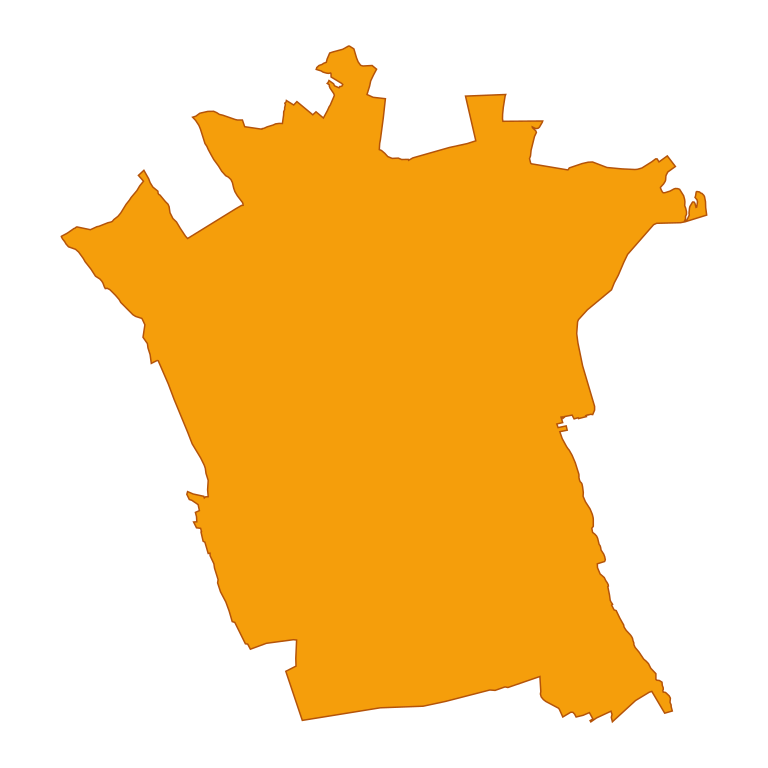 outline of Beresti, Galati, Romania
{"feature_id": "2599482B76512347370212", "entity_name": "Beresti", "entity_type": "district", "adm_level": 2, "iso_a3": "ROU", "parent_name": "Romania", "parent_adm1": "Galati", "projection": "equal_earth", "projection_center": [27.864, 46.092], "detail": "fine", "context": "isolated", "style": "filled", "palette": "amber", "viewbox_px": 768, "rotation_deg": 0, "n_neighbors": 0, "source": "geoboundaries", "source_scale": "gbopen_adm2", "svg_char_len": 6059}
<svg xmlns="http://www.w3.org/2000/svg" viewBox="0 0 768 768"><path d="M105.3,288.6L107.2,288.3L109.8,289.6L115.4,295.2L119.1,299.5L120.8,302.5L132.9,314.7L135.6,316.4L141.8,318.4L142.4,319.4L144.9,324.8L143.0,337.3L147.4,343.6L148.0,348.0L150.1,354.6L151.3,363.4L157.1,360.5L158.2,360.7L168.4,384.2L174.1,399.4L187.7,432.3L192.2,443.9L200.7,458.0L204.2,465.1L205.3,468.3L206.0,473.4L208.2,480.4L207.6,489.8L208.2,496.7L205.4,496.9L204.3,497.9L203.8,496.3L193.2,494.0L187.6,491.6L186.8,494.3L189.3,499.5L191.8,500.3L198.1,504.6L199.4,510.6L195.4,512.4L196.5,516.6L196.8,521.8L193.6,522.0L196.5,527.8L200.6,528.3L201.5,531.7L201.0,532.0L203.1,541.2L204.9,542.2L208.2,553.5L210.0,553.2L210.1,555.7L213.9,563.8L214.5,568.1L218.1,579.7L217.6,582.9L220.5,591.8L225.8,601.9L229.1,610.9L232.2,621.6L234.8,622.4L245.4,643.8L247.7,644.1L250.4,649.2L266.4,643.3L293.4,639.7L296.6,640.0L295.8,658.4L296.0,666.1L285.8,671.3L302.3,720.4L380.3,707.8L423.2,706.2L445.6,701.4L489.8,690.0L495.1,690.4L505.0,686.9L507.9,687.5L539.9,676.5L540.8,691.6L540.4,694.0L541.2,696.9L543.4,699.6L545.9,701.5L558.5,708.2L559.4,709.4L562.8,717.0L570.8,712.2L572.9,712.3L574.6,714.1L576.1,717.0L583.1,715.3L589.4,712.6L592.9,719.0L590.1,720.6L590.8,721.9L596.6,717.9L611.0,711.2L612.0,714.4L611.3,717.4L612.4,721.8L635.6,700.5L649.3,692.2L651.8,691.4L664.7,713.2L672.3,711.0L671.2,706.8L671.1,704.9L670.0,702.3L670.4,698.2L669.2,695.9L666.2,693.0L665.1,692.3L663.2,692.1L662.8,690.2L663.3,689.4L663.2,687.7L662.3,685.4L662.0,682.2L659.4,680.5L656.8,680.2L655.9,679.4L655.9,673.7L650.8,668.3L648.5,663.7L646.3,661.3L643.7,659.1L638.8,651.8L635.1,647.4L633.9,644.7L633.8,642.8L633.0,640.7L632.5,638.3L631.5,636.4L630.4,634.9L626.3,630.5L624.8,628.3L623.9,626.6L623.7,625.0L619.8,618.1L616.2,610.6L614.1,609.9L611.6,605.1L612.6,604.3L610.9,601.8L610.2,600.2L609.5,595.0L607.8,586.6L608.4,586.1L608.2,584.7L607.3,582.9L605.7,580.5L604.3,577.6L600.1,573.9L597.5,567.7L597.3,563.8L604.6,561.5L605.3,559.8L604.7,556.7L603.7,554.1L601.1,550.1L600.6,547.3L600.2,545.9L599.1,544.3L597.6,538.2L596.6,536.1L594.9,534.2L592.6,532.4L591.8,528.3L593.3,526.3L593.3,519.3L593.1,517.5L592.3,514.3L590.1,509.0L585.4,501.7L583.1,496.3L583.3,492.5L582.6,486.9L582.0,484.0L581.4,482.9L580.1,481.6L579.4,479.7L578.8,476.8L579.0,476.5L578.9,474.3L575.3,462.8L572.1,455.3L569.1,450.0L567.9,448.6L566.5,446.5L562.2,438.6L559.8,431.7L567.2,430.2L566.2,425.9L558.1,427.6L556.8,424.0L562.7,422.6L561.0,417.1L562.6,416.9L563.0,418.3L564.5,417.1L564.3,416.6L572.1,415.1L574.1,418.9L578.1,417.7L578.5,418.6L586.4,416.6L585.8,415.6L588.0,414.8L588.1,415.0L590.7,414.3L592.7,414.6L594.6,410.1L594.6,406.4L582.6,365.8L577.9,342.8L576.7,333.6L577.6,321.7L578.5,319.6L587.4,309.8L611.5,289.8L614.3,282.8L618.3,275.2L623.8,262.3L627.6,254.4L653.6,224.7L656.6,223.3L680.5,222.7L685.1,221.8L706.7,215.1L705.7,207.6L705.5,201.7L704.5,196.6L703.8,195.3L701.9,193.4L700.6,193.0L699.6,192.0L696.9,191.5L696.2,192.0L695.5,196.2L695.0,197.4L697.0,199.8L697.5,201.9L696.7,207.1L696.0,207.4L695.1,203.8L694.3,202.2L692.9,201.9L692.3,202.4L689.9,206.5L689.5,208.0L689.0,213.1L689.3,215.0L686.9,220.1L684.6,220.8L685.5,219.1L685.5,216.3L686.5,214.4L686.5,211.7L685.7,208.2L684.7,205.7L684.9,201.9L684.6,199.3L683.6,195.7L679.6,189.3L677.6,188.6L675.3,188.5L673.8,189.0L670.0,191.1L664.9,192.7L663.2,192.8L662.2,191.7L661.3,190.0L660.4,187.8L660.5,187.3L663.6,183.9L665.1,181.5L665.6,180.1L665.9,175.9L666.5,174.5L667.8,172.0L675.4,166.5L667.3,155.9L659.0,161.9L657.1,158.9L655.6,158.9L651.9,161.7L641.9,168.0L637.4,169.3L634.9,169.5L622.1,168.9L607.0,167.5L592.6,162.0L588.1,162.2L582.0,163.6L569.3,167.9L568.1,169.8L567.7,169.9L531.4,163.8L530.7,163.2L529.5,158.6L530.5,156.0L531.1,150.2L534.5,136.5L536.4,132.5L535.8,130.9L532.4,127.6L532.3,126.9L535.2,128.4L536.7,128.6L538.2,128.2L539.4,127.2L542.2,122.4L542.7,121.0L502.9,121.3L502.5,118.8L502.6,114.3L503.3,107.4L505.1,96.1L505.7,94.5L465.5,96.1L475.8,140.8L467.2,143.6L449.3,147.5L412.8,157.9L408.6,160.3L408.3,159.4L401.6,159.5L398.3,158.1L392.2,158.4L387.8,156.6L384.8,153.3L381.5,150.5L379.3,149.6L379.7,143.3L380.4,139.7L383.3,117.8L385.4,98.7L373.1,97.3L367.0,94.5L369.6,86.1L370.7,80.9L373.4,75.2L376.6,69.2L372.1,65.5L362.9,66.0L360.6,65.3L358.1,61.8L356.5,57.8L353.9,48.9L349.5,46.1L348.4,46.1L342.7,49.3L333.3,51.8L329.7,53.0L327.1,59.1L326.3,62.3L323.4,63.4L322.3,64.3L319.0,65.5L316.8,67.5L316.2,69.4L321.1,70.9L323.0,72.1L326.4,73.1L328.4,73.4L330.6,73.0L331.0,73.8L331.1,77.0L341.5,83.3L342.8,84.5L342.1,85.9L340.9,86.5L339.8,86.5L339.0,87.8L334.5,85.8L333.6,83.8L329.0,80.5L328.1,82.5L327.2,83.4L329.3,84.8L329.3,86.2L330.1,88.2L333.5,93.2L334.1,94.4L334.3,95.6L330.2,105.2L329.2,106.6L327.4,110.6L323.4,118.0L316.0,111.8L312.8,114.8L296.9,101.6L293.7,105.0L286.4,100.5L286.2,101.8L284.8,103.2L285.4,104.6L284.6,107.9L284.7,109.3L283.7,111.7L283.6,115.0L282.4,123.5L279.2,123.4L275.5,123.9L273.2,125.0L267.0,126.9L264.0,128.3L262.1,128.6L261.9,129.2L244.7,126.7L242.4,120.0L237.4,120.0L235.2,119.5L222.8,115.2L219.4,114.4L216.8,112.7L213.7,111.3L207.8,111.4L201.2,112.9L199.7,113.3L195.8,116.2L192.6,117.2L195.6,120.4L198.9,125.4L200.4,129.0L205.0,143.6L206.9,146.4L208.3,149.6L211.0,154.6L213.8,159.6L218.5,166.0L221.7,171.2L225.7,175.7L228.4,177.1L230.9,179.5L232.4,182.6L233.7,188.2L234.9,191.6L237.3,195.7L242.5,202.5L243.0,203.9L243.1,205.3L241.6,205.4L236.0,208.6L187.6,238.5L185.5,236.2L180.2,228.2L176.5,222.0L172.9,218.5L170.0,212.7L169.1,206.7L168.0,204.2L165.4,201.6L160.0,195.1L158.8,194.4L158.1,193.3L157.9,191.2L152.8,187.0L150.1,182.6L148.7,178.8L143.9,170.3L138.4,175.4L143.5,181.2L139.7,185.9L136.9,190.6L131.1,197.5L129.5,200.0L126.1,204.3L120.8,212.9L118.0,216.3L113.9,219.5L112.3,221.4L110.7,222.1L108.0,222.7L98.9,226.3L96.9,226.7L90.4,229.7L76.9,226.9L75.7,227.5L75.0,228.2L74.0,228.5L67.2,233.2L61.4,236.3L61.3,236.6L62.5,238.9L64.7,241.7L66.1,244.1L68.5,246.8L75.5,249.3L78.6,252.0L83.3,258.5L85.1,261.7L91.0,269.2L95.5,276.2L99.9,279.0L101.9,281.3L103.0,283.2L104.4,287.0L105.3,288.6Z" fill="#f59e0b" stroke="#b45309" stroke-width="1.5"/></svg>